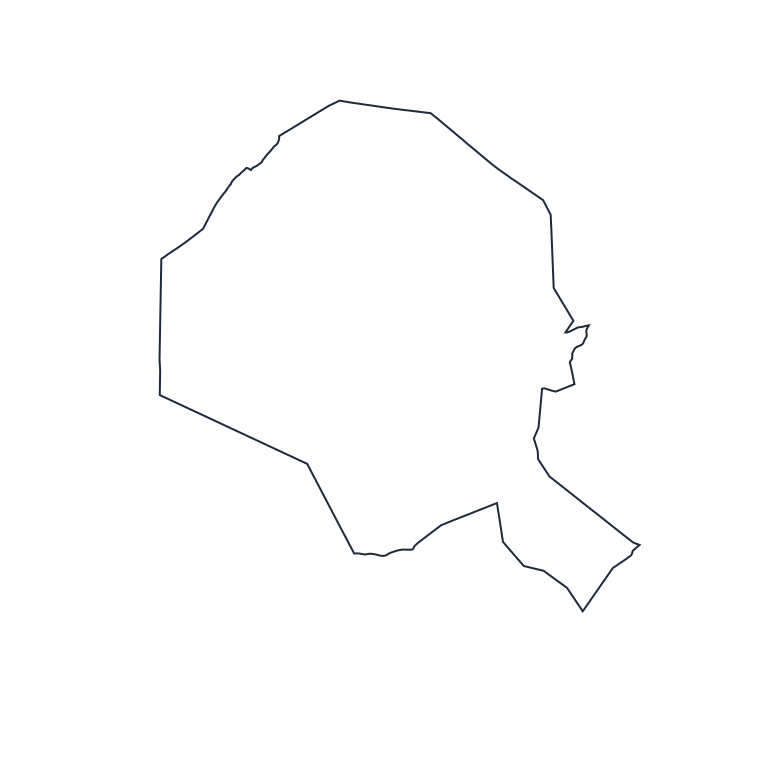 the district of San Juan Bautista Coixtlahuaca, Oaxaca, Mexico, rotated 250°
{"feature_id": "50627088B60498499367659", "entity_name": "San Juan Bautista Coixtlahuaca", "entity_type": "district", "adm_level": 2, "iso_a3": "MEX", "parent_name": "Mexico", "parent_adm1": "Oaxaca", "projection": "albers", "projection_center": [-97.271, 17.729], "detail": "fine", "context": "isolated", "style": "outline", "palette": "slate", "viewbox_px": 768, "rotation_deg": 250, "n_neighbors": 0, "source": "geoboundaries", "source_scale": "gbopen_adm2", "svg_char_len": 2350}
<svg xmlns="http://www.w3.org/2000/svg" viewBox="0 0 768 768"><g transform="rotate(250 384 384)"><path d="M622.5,520.5L639.5,487.0L660.2,448.4L665.5,439.1L664.3,427.2L655.1,381.5L652.8,370.0L651.7,369.9L649.5,368.9L646.6,366.4L645.6,364.4L644.9,362.2L642.2,357.8L639.7,352.8L635.6,346.3L634.1,344.6L633.5,342.5L633.2,341.1L632.7,339.9L632.4,338.3L632.2,335.6L631.7,333.8L630.6,332.1L633.2,330.0L634.1,328.8L632.8,325.8L632.1,324.0L631.4,322.1L630.0,319.2L629.6,317.3L629.1,315.9L628.0,313.7L626.8,311.3L625.3,309.3L624.0,308.2L623.5,307.0L622.1,304.9L621.2,303.6L619.3,301.2L617.9,298.7L616.1,295.8L613.8,292.4L612.6,290.6L611.2,288.5L609.7,286.8L607.9,284.6L591.7,267.0L586.5,250.8L585.6,247.7L583.2,239.3L579.9,225.7L577.6,217.5L483.7,181.4L473.3,178.3L450.3,169.5L366.2,253.5L335.2,284.5L305.3,288.5L261.9,294.3L239.4,297.4L234.9,298.0L234.4,299.8L233.3,302.6L231.1,306.2L230.1,308.4L229.8,310.7L229.2,313.1L228.1,315.4L226.9,317.6L225.5,319.6L224.0,321.8L222.9,323.9L222.4,326.1L222.4,328.4L223.0,330.5L223.2,332.6L223.1,335.4L223.1,336.9L223.0,338.4L222.8,341.0L222.3,343.5L222.0,344.9L220.8,348.1L218.9,353.0L219.0,354.2L219.2,355.0L221.4,357.5L223.3,362.1L231.7,389.2L232.2,400.9L233.5,449.4L216.9,446.2L195.0,441.8L178.8,447.9L165.1,453.2L153.9,470.1L129.7,486.3L102.5,493.0L104.2,495.5L132.8,536.1L136.9,552.4L138.5,557.5L139.6,558.9L142.2,560.7L145.4,569.1L149.0,564.9L150.0,563.8L160.3,557.4L169.2,551.9L187.4,540.7L197.8,534.2L207.7,528.1L225.4,517.2L231.1,513.7L240.6,507.8L260.8,503.1L268.3,505.5L281.6,506.2L290.2,514.3L325.4,530.9L325.2,533.0L320.3,539.5L318.1,542.7L318.7,562.9L331.6,564.9L341.1,566.1L343.5,569.6L344.9,569.9L346.3,570.8L347.8,571.0L349.4,572.5L350.6,573.9L351.7,574.9L352.5,576.4L353.0,578.4L353.0,580.3L353.1,581.6L353.4,583.7L354.4,585.3L357.0,587.7L357.6,588.4L358.6,589.7L359.5,590.8L362.4,591.7L363.3,591.8L364.8,592.2L366.3,593.4L369.1,596.6L370.0,589.4L370.3,588.0L370.6,586.5L370.8,585.1L370.6,583.1L370.3,581.2L370.1,579.2L369.8,576.9L369.8,575.4L369.9,574.3L369.9,573.2L370.4,572.1L378.6,583.6L416.2,576.3L470.4,593.6L486.0,598.5L502.3,596.4L515.0,587.4L531.0,576.0L533.4,574.1L536.4,572.2L538.6,570.6L546.2,565.3L553.9,560.4L574.2,548.6L583.0,543.4L586.8,541.4L592.4,538.1L595.9,536.1L598.0,534.9L612.8,526.3L614.3,525.5L619.4,522.3L622.5,520.5Z" fill="none" stroke="#1e293b" stroke-width="2"/></g></svg>